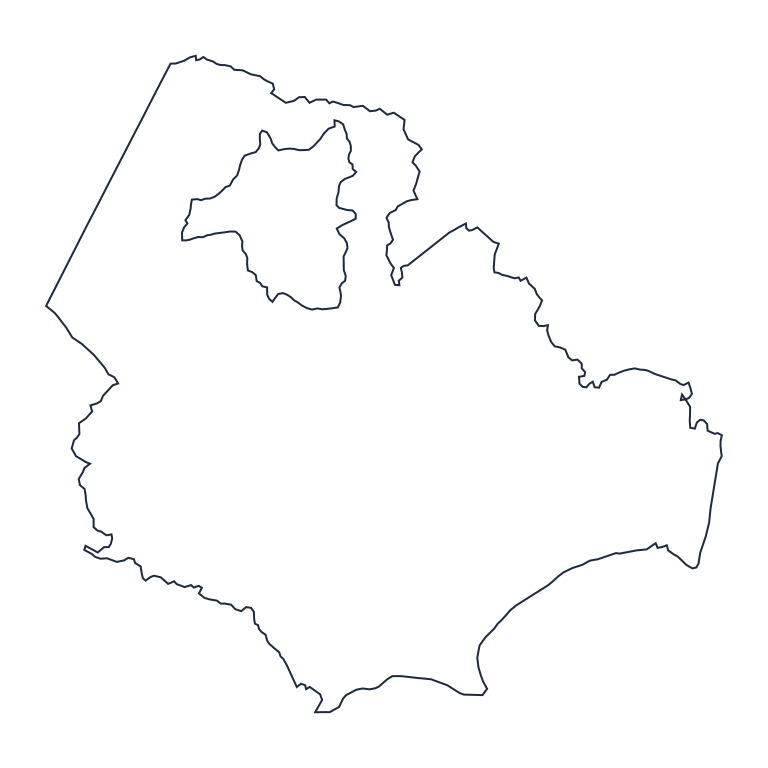 outline of Pelotas, Rio Grande do Sul, Brazil
{"feature_id": "56859067B94583558960101", "entity_name": "Pelotas", "entity_type": "district", "adm_level": 2, "iso_a3": "BRA", "parent_name": "Brazil", "parent_adm1": "Rio Grande do Sul", "projection": "natural_earth1", "projection_center": [-52.336, -31.561], "detail": "fine", "context": "isolated", "style": "outline", "palette": "slate", "viewbox_px": 768, "rotation_deg": 0, "n_neighbors": 0, "source": "geoboundaries", "source_scale": "gbopen_adm2", "svg_char_len": 6002}
<svg xmlns="http://www.w3.org/2000/svg" viewBox="0 0 768 768"><path d="M46.1,306.0L54.4,312.7L57.2,315.9L63.5,324.1L66.0,327.3L72.3,337.5L81.8,343.9L93.9,354.9L104.9,368.0L108.3,374.2L114.4,377.3L118.1,383.5L112.8,385.2L102.9,396.0L100.9,401.1L96.8,403.5L90.5,405.4L92.1,411.5L85.8,418.5L79.0,423.2L79.4,434.0L77.2,437.3L74.0,440.3L71.7,448.4L75.9,456.1L85.9,462.1L90.0,463.7L84.4,468.0L83.0,471.9L78.7,479.0L80.0,485.2L84.6,489.0L85.6,494.8L85.9,499.8L87.3,508.0L93.6,518.9L93.6,527.1L97.4,530.5L101.2,531.6L106.4,535.3L111.5,534.4L112.2,538.5L110.8,543.9L108.7,547.1L104.0,547.1L97.8,552.5L85.5,545.8L84.3,549.9L92.2,554.2L95.0,556.8L100.6,558.7L107.1,558.3L116.8,561.9L124.1,560.4L128.2,557.8L133.9,559.2L135.1,563.0L140.7,566.5L141.5,572.2L142.8,578.1L145.6,580.6L150.7,576.9L154.1,575.7L160.9,577.4L168.1,583.9L174.1,581.3L176.7,584.1L184.6,587.1L191.1,585.1L193.8,587.5L198.7,585.8L201.9,587.9L198.9,593.5L204.5,597.9L209.6,599.4L216.9,600.6L220.9,603.7L224.2,603.5L231.2,604.7L235.4,609.3L241.3,611.1L246.2,607.1L251.1,607.9L253.9,611.9L254.2,619.8L255.0,623.7L258.1,625.2L259.0,629.0L261.7,632.1L265.6,634.8L267.3,640.9L269.3,643.9L274.5,648.4L279.2,652.3L280.6,656.5L283.2,658.7L287.1,665.8L296.8,687.0L301.0,683.8L305.2,685.2L306.1,689.2L309.7,686.9L320.2,694.4L322.1,700.0L315.2,712.2L329.8,712.1L339.1,706.9L343.0,698.7L346.0,695.2L350.7,692.7L356.4,689.7L362.5,688.5L369.7,689.3L375.5,688.2L378.8,686.6L387.5,679.1L392.5,676.1L396.2,676.1L401.0,676.1L418.7,678.1L423.5,678.5L431.2,679.3L447.4,685.3L459.7,693.1L463.9,694.6L482.5,695.1L487.1,688.8L483.0,681.3L481.0,675.9L478.5,667.5L478.0,663.6L477.3,657.9L478.5,650.9L479.6,645.4L485.5,637.2L491.8,631.0L494.3,628.5L497.8,623.6L501.1,620.6L507.5,613.5L510.1,610.4L516.5,605.2L548.3,585.1L552.6,581.5L558.0,576.6L563.3,572.5L572.2,568.1L582.4,564.8L589.9,560.6L597.6,559.3L616.0,553.1L619.6,553.6L636.5,550.4L646.6,549.4L655.7,543.2L657.6,547.9L662.4,546.9L666.8,545.3L668.1,550.3L674.1,554.6L677.8,556.6L686.5,565.0L692.4,568.4L696.3,567.5L698.5,563.6L700.3,552.5L705.8,536.3L709.1,522.6L710.6,508.2L717.9,463.5L721.7,456.2L720.5,446.2L720.6,440.7L721.9,435.3L717.9,433.1L714.5,433.8L707.6,430.6L707.1,424.1L703.8,420.4L700.2,419.8L696.9,422.4L694.8,428.6L690.3,427.8L689.7,420.9L690.1,413.0L690.1,406.8L685.5,399.4L689.0,397.9L691.9,394.0L690.2,387.3L688.5,382.6L683.5,385.1L680.2,383.9L675.5,380.3L671.7,379.5L658.8,375.3L654.3,373.7L648.6,371.0L644.8,369.9L640.0,369.6L634.8,368.4L629.5,369.3L623.7,370.8L618.4,372.9L614.3,374.8L610.1,374.8L606.8,379.8L601.7,381.8L599.0,387.7L594.6,387.2L592.8,381.7L589.2,383.9L586.4,387.3L582.7,386.9L579.5,383.7L579.0,376.8L584.4,375.9L585.1,372.1L581.8,368.4L581.7,363.7L577.5,359.6L572.1,360.4L568.3,357.2L565.3,349.7L560.2,347.5L554.7,346.3L551.2,342.0L548.6,335.7L547.1,330.5L547.9,325.2L543.4,326.1L538.7,325.8L534.9,320.3L535.2,314.0L539.7,306.3L542.1,300.4L539.3,297.4L536.8,294.2L534.8,288.9L528.9,283.5L526.4,277.6L520.6,280.8L518.7,277.4L515.0,278.3L511.5,277.4L507.8,276.1L502.3,274.9L498.5,272.9L494.5,272.4L493.7,268.2L494.7,254.6L498.8,243.7L493.4,241.9L477.3,227.4L472.5,229.9L469.1,230.7L466.3,228.2L465.9,223.5L458.6,227.3L454.7,229.7L449.4,232.5L407.7,265.4L403.9,265.8L400.8,267.9L401.9,272.3L402.4,277.6L398.8,280.7L399.4,285.2L394.9,284.8L391.2,275.1L393.9,268.0L390.4,263.2L386.4,255.3L387.0,249.3L387.1,245.4L390.3,243.6L393.0,239.8L390.5,232.5L388.9,227.1L388.7,222.6L386.5,217.8L389.6,213.1L395.6,210.1L397.8,206.4L406.7,201.3L411.5,200.0L417.4,199.2L413.5,190.6L416.2,183.7L417.8,177.8L419.6,171.6L416.0,165.9L412.5,162.3L414.8,156.4L418.3,152.7L421.8,149.3L418.5,144.9L408.1,139.4L403.5,129.2L404.6,120.0L393.8,112.7L387.2,114.7L379.8,108.8L375.7,110.6L369.9,111.2L366.6,108.6L362.7,105.8L353.6,107.1L350.1,105.2L343.5,105.0L337.7,103.0L332.9,101.5L329.4,103.3L326.1,99.6L316.2,99.6L309.5,102.8L304.8,97.0L299.1,97.2L293.9,100.9L285.8,102.8L271.2,93.1L274.2,89.3L272.8,83.7L267.1,81.1L263.8,79.2L260.1,76.2L250.9,74.3L242.6,70.3L234.3,69.8L230.6,66.3L224.7,65.1L220.3,65.0L216.6,63.9L212.9,61.4L207.0,59.6L203.3,57.0L199.9,59.4L196.2,60.2L195.7,55.8L189.9,57.4L184.3,60.7L175.8,63.5L170.5,63.7L156.5,90.6L143.3,116.4L124.8,152.1L108.5,183.7L99.5,201.3L87.8,223.8L46.1,306.0ZM272.5,301.8L269.1,298.9L267.2,294.6L267.1,287.4L262.3,286.3L260.2,283.0L256.7,281.1L255.8,275.1L252.2,272.1L248.0,270.5L247.1,264.7L247.3,258.1L245.9,254.2L242.6,250.3L242.1,246.2L242.4,241.3L239.6,235.2L235.5,231.6L230.1,231.5L224.6,232.3L218.6,233.1L214.6,233.6L210.7,234.8L207.4,235.2L202.8,237.2L198.0,237.0L193.1,238.5L189.4,239.8L185.6,240.4L182.2,240.3L182.0,232.5L184.1,227.3L187.4,223.5L185.4,220.2L189.2,215.0L190.6,208.8L191.0,204.2L191.9,199.6L197.3,199.1L201.0,200.2L205.2,198.7L210.3,198.5L215.2,196.4L218.6,193.8L222.1,190.7L225.5,187.1L229.8,185.6L233.1,179.4L237.1,175.5L239.0,170.0L240.2,164.8L242.0,159.8L244.6,155.7L250.3,153.6L255.7,152.1L258.9,148.2L260.3,144.3L259.8,139.2L259.9,133.8L262.2,130.6L267.0,132.3L270.7,138.7L272.1,143.2L275.1,147.2L278.4,150.4L284.4,149.1L289.5,148.6L293.9,148.9L298.8,150.1L303.6,150.1L309.0,149.7L313.8,146.0L317.1,142.4L320.3,139.0L323.9,133.5L328.6,128.7L334.7,126.5L334.5,120.3L338.8,121.4L343.2,124.4L344.9,129.9L346.6,133.8L347.0,138.7L349.5,141.7L350.8,146.0L350.9,150.8L349.0,154.5L348.4,158.6L349.4,162.4L352.5,164.4L352.7,169.0L356.2,171.9L353.0,175.7L349.5,177.2L344.9,178.9L340.7,182.1L339.0,186.2L338.5,192.3L336.7,198.3L336.5,205.2L339.1,207.9L342.6,208.8L347.4,210.1L352.5,210.4L355.7,213.8L355.7,218.7L351.6,220.8L347.7,222.6L342.5,225.0L336.8,228.5L339.3,234.0L344.2,238.3L346.8,242.9L347.5,248.0L345.8,252.1L343.6,256.4L343.7,263.0L343.8,270.1L345.8,276.1L345.1,280.7L341.8,283.4L339.4,287.4L340.3,291.4L341.0,295.9L340.2,302.4L337.9,307.4L332.5,308.2L326.8,308.9L322.1,309.3L317.2,308.4L312.2,309.6L306.8,308.1L301.8,305.4L298.1,302.6L293.9,300.2L290.9,297.2L287.4,294.9L283.0,293.1L278.2,294.0L274.9,298.3L272.5,301.8ZM685.5,399.4L680.8,400.1L682.0,394.6L685.5,399.4Z" fill="none" stroke="#1e293b" stroke-width="2"/></svg>